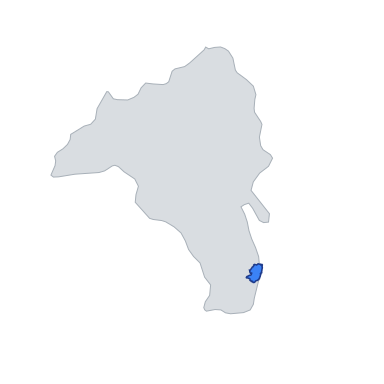 La Laguna de Nisibón, La Altagracia, Dominican Republic (highlighted), rotated 57°
{"feature_id": "3306468B28180088914928", "entity_name": "La Laguna de Nisibón", "entity_type": "district", "adm_level": 2, "iso_a3": "DOM", "parent_name": "Dominican Republic", "parent_adm1": "La Altagracia", "projection": "equal_earth", "projection_center": [-68.715, 18.868], "detail": "fine", "context": "in_parent", "style": "filled", "palette": "blue", "viewbox_px": 384, "rotation_deg": 57, "n_neighbors": 0, "source": "geoboundaries", "source_scale": "gbopen_adm2", "svg_char_len": 4151}
<svg xmlns="http://www.w3.org/2000/svg" viewBox="0 0 384 384"><g transform="rotate(57 192 192)"><path d="M77.6,262.3L78.0,246.5L80.0,240.1L78.3,233.4L70.4,226.2L65.6,216.9L61.4,208.8L62.4,207.6L71.0,207.2L74.0,204.2L79.8,195.8L81.0,189.1L80.6,184.0L76.9,177.9L75.4,171.5L80.1,165.9L86.2,157.7L87.1,154.6L86.9,151.5L79.9,142.9L79.5,139.2L82.8,129.9L82.5,123.7L79.4,104.4L77.9,101.6L81.0,100.0L83.1,94.2L85.9,89.1L89.6,86.4L93.7,84.7L102.0,84.8L113.3,89.2L116.6,89.2L127.5,85.1L136.6,82.9L145.2,85.4L148.6,88.9L155.7,94.4L159.2,96.1L170.3,96.0L173.4,96.5L182.7,105.6L190.6,109.2L195.2,109.4L203.4,105.9L207.5,106.0L212.1,113.8L213.0,125.0L216.9,135.1L222.8,141.6L252.4,138.9L258.9,144.2L256.7,148.6L252.5,151.0L238.5,150.0L232.3,150.5L231.1,154.9L231.1,159.0L239.3,159.9L247.3,162.0L255.5,165.3L263.9,167.5L273.3,169.0L282.5,171.3L297.9,179.4L315.0,197.6L319.6,201.7L322.6,207.4L321.2,214.5L315.1,226.0L311.6,229.7L306.6,232.0L303.1,236.7L299.8,244.8L297.8,245.5L295.4,245.1L291.3,240.6L288.3,233.5L280.1,227.0L270.3,227.8L255.9,223.9L247.1,225.8L238.4,226.2L229.4,224.2L220.4,223.5L211.5,226.0L202.7,230.3L199.5,232.9L193.9,239.5L191.0,241.9L169.7,245.2L163.7,240.4L158.0,233.8L149.9,232.9L138.0,238.0L130.6,239.9L127.6,242.1L126.7,244.6L126.7,253.8L125.0,259.4L113.3,280.5L106.7,295.5L104.0,300.1L101.0,301.1L95.3,292.5L91.7,289.4L87.2,287.8L85.4,283.3L85.5,276.8L84.3,270.5L81.6,265.6L77.6,262.3Z" fill="#d9dde1" stroke="#a8b0b8" stroke-width="1"/><path d="M286.8,179.9L287.2,179.9L287.3,179.9L287.4,180.0L287.5,180.2L287.5,180.3L287.6,180.9L287.6,181.1L287.9,181.3L288.0,181.5L287.9,181.7L287.8,182.1L287.8,182.4L288.1,182.8L288.3,183.4L288.6,184.0L288.7,184.5L289.0,185.0L289.2,185.5L288.8,186.3L289.2,186.4L289.5,186.6L289.9,186.7L290.1,186.7L290.5,187.1L290.8,187.0L291.0,187.0L291.5,187.2L291.9,187.2L292.0,187.2L292.2,186.4L292.4,186.2L292.5,186.1L292.8,186.3L293.3,187.0L293.5,187.2L293.7,187.8L293.7,188.0L293.5,188.6L293.2,189.0L293.1,189.5L293.1,190.4L293.1,190.8L293.0,191.0L292.9,191.3L292.8,191.7L292.9,192.2L292.9,192.4L293.1,192.7L293.4,193.1L293.5,193.1L293.8,193.0L294.0,192.6L294.4,192.2L294.7,191.9L294.9,191.7L295.4,191.5L295.6,191.3L295.9,190.9L296.1,190.8L296.4,190.8L296.6,190.8L296.9,191.0L297.3,191.1L297.6,191.4L297.7,191.5L297.9,191.4L298.2,190.9L298.4,190.8L298.6,190.8L298.8,191.0L299.0,191.0L299.4,191.0L299.4,190.9L299.6,190.5L299.7,190.2L299.8,189.9L300.0,189.8L300.6,190.1L300.8,190.1L301.2,190.0L301.3,189.9L301.6,189.3L301.7,189.2L301.8,188.8L301.7,188.3L301.7,188.1L301.5,187.7L301.4,187.5L301.3,187.2L301.3,186.6L301.3,186.4L301.4,186.2L301.7,185.7L301.7,185.3L301.7,185.2L301.6,184.9L301.6,184.6L301.8,184.1L301.9,183.9L301.8,183.7L301.7,183.7L301.6,183.4L301.5,183.2L301.4,183.1L301.3,182.9L301.2,182.9L301.1,182.6L300.9,182.4L300.8,182.2L300.7,182.1L300.6,181.9L300.5,181.7L300.4,181.7L300.5,181.7L300.4,181.6L300.4,181.4L300.3,181.2L300.2,181.2L300.0,180.9L299.9,180.9L299.8,180.7L299.7,180.6L299.6,180.4L299.5,180.2L299.4,180.1L299.2,180.0L299.0,179.9L298.9,179.9L298.8,179.7L298.7,179.5L298.6,179.4L298.5,179.2L298.4,179.2L298.3,178.9L298.2,178.9L298.0,178.7L297.9,178.6L297.8,178.4L297.7,178.4L297.7,178.2L297.6,178.3L297.6,178.2L297.5,177.9L297.4,177.9L297.2,177.6L297.1,177.4L297.0,177.2L296.9,177.2L296.7,176.9L296.5,176.7L296.4,176.7L296.2,176.6L296.0,176.4L295.9,176.3L295.9,176.2L295.7,176.0L295.6,175.9L295.4,175.8L295.4,175.7L295.2,175.6L295.0,175.4L294.9,175.4L294.7,175.2L294.5,174.9L294.4,174.9L294.2,174.7L294.0,174.4L293.9,174.4L293.7,174.3L293.7,174.2L293.4,174.1L293.2,174.1L293.1,173.9L292.9,173.8L292.7,173.9L292.5,173.7L292.4,173.7L292.2,173.6L292.1,173.4L291.9,173.3L291.9,173.2L291.7,173.1L291.7,172.9L291.5,172.7L291.4,172.7L291.4,173.2L291.3,173.3L291.2,173.4L290.9,173.1L290.7,173.0L290.5,173.3L290.7,173.7L290.7,173.8L290.7,174.0L290.3,174.2L290.1,174.2L289.8,174.0L289.7,174.0L289.4,174.6L289.2,174.8L289.1,175.0L288.7,175.2L288.3,175.6L288.3,175.8L288.2,176.0L288.3,176.2L288.4,176.5L288.4,177.3L288.4,177.6L288.0,177.8L287.9,177.9L287.4,178.4L287.1,178.7L286.9,178.9L286.7,179.1L286.7,179.3L286.7,179.5L286.8,179.9Z" fill="#3b82f6" stroke="#1e3a8a" stroke-width="1.5"/></g></svg>